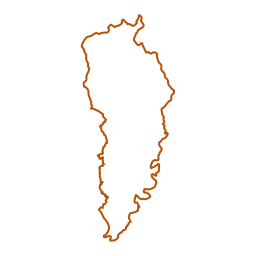 the district of Lap Thach, Vĩnh Phúc, Vietnam
{"feature_id": "81297802B47675849617506", "entity_name": "Lap Thach", "entity_type": "district", "adm_level": 2, "iso_a3": "VNM", "parent_name": "Vietnam", "parent_adm1": "Vĩnh Phúc", "projection": "natural_earth1", "projection_center": [105.476, 21.411], "detail": "fine", "context": "isolated", "style": "outline", "palette": "amber", "viewbox_px": 256, "rotation_deg": 0, "n_neighbors": 0, "source": "geoboundaries", "source_scale": "gbopen_adm2", "svg_char_len": 5844}
<svg xmlns="http://www.w3.org/2000/svg" viewBox="0 0 256 256"><path d="M141.8,18.3L141.2,16.7L139.7,15.4L139.0,15.4L138.8,16.7L138.3,17.8L137.8,19.3L136.4,21.3L136.4,21.8L136.7,22.6L136.7,23.0L135.5,24.5L133.7,25.7L133.1,25.8L131.9,25.5L131.3,25.2L130.5,24.5L129.8,24.4L128.8,23.9L127.4,24.0L126.8,22.9L125.2,21.8L124.7,21.3L124.3,20.3L122.9,19.6L122.5,19.8L122.3,20.5L121.8,21.5L122.1,22.4L122.1,22.8L121.7,23.5L120.9,24.3L119.8,24.8L118.8,25.6L116.4,26.0L114.7,27.1L114.4,27.0L113.1,25.9L111.8,25.4L111.1,24.9L110.8,24.7L110.5,24.8L109.4,25.9L108.1,27.6L108.5,27.9L109.0,29.4L108.4,31.6L107.9,32.2L106.3,32.6L104.0,32.6L100.9,33.1L100.0,33.7L99.0,34.0L98.4,33.8L97.7,33.2L95.6,33.1L90.8,36.1L88.3,36.6L87.1,37.1L85.3,38.8L84.4,40.0L82.2,44.2L81.9,45.5L81.9,46.9L84.0,49.5L84.3,51.8L85.9,54.0L86.2,54.5L86.1,57.2L86.4,59.8L86.8,61.1L87.9,62.9L88.2,66.9L88.4,67.4L89.3,68.5L88.5,71.3L86.8,75.0L86.5,76.0L86.4,78.0L86.5,78.8L86.3,80.1L86.2,80.5L83.9,82.5L83.7,83.0L83.6,84.0L84.2,86.7L85.5,87.0L86.2,87.6L87.6,89.1L88.0,89.9L88.5,92.0L88.5,93.5L88.8,95.7L89.6,97.4L91.2,102.4L91.1,104.4L91.9,105.4L91.9,106.7L91.7,107.6L91.1,108.4L92.9,108.7L96.0,109.9L97.4,110.7L98.7,111.0L99.8,112.1L101.6,113.1L103.0,114.3L103.1,116.1L103.6,117.3L105.1,118.7L105.5,119.6L105.8,119.7L105.3,120.9L104.3,121.6L104.2,121.7L104.3,122.0L104.7,122.2L102.7,123.4L102.8,123.6L102.7,124.4L102.3,125.1L100.7,125.3L100.0,126.6L101.2,127.3L101.1,128.7L101.6,130.8L103.4,132.3L103.5,133.2L104.2,134.8L104.7,134.8L105.2,135.1L106.7,139.8L106.9,140.6L106.6,142.1L107.1,142.7L107.0,143.0L106.5,143.2L106.0,143.3L105.7,143.5L104.5,146.6L103.2,147.2L103.1,148.6L102.6,150.3L102.5,151.1L102.9,152.6L102.6,153.8L102.4,153.9L101.7,153.6L98.7,155.0L98.2,155.2L97.9,155.4L97.8,155.7L98.4,156.3L99.1,156.5L99.3,157.9L99.8,158.7L100.2,158.8L100.7,158.7L102.4,157.3L102.9,157.6L102.9,158.5L102.5,159.6L102.5,160.1L103.0,161.1L103.0,163.5L103.2,164.0L103.9,164.3L103.4,164.7L102.6,165.9L101.6,165.8L99.9,166.8L99.6,167.1L99.4,167.6L99.4,168.0L99.8,168.3L99.9,168.6L99.7,169.1L99.7,172.0L99.5,172.4L99.6,172.8L100.0,173.5L99.7,176.2L99.9,176.9L100.3,177.4L100.4,177.8L100.5,180.2L100.8,181.4L100.9,181.9L100.6,182.6L100.8,182.9L101.4,182.9L101.6,182.7L101.5,181.8L101.6,181.7L102.5,182.1L102.0,182.8L101.8,183.6L101.4,184.1L100.9,184.7L100.2,184.8L99.8,186.0L99.6,187.7L99.9,188.5L101.0,190.3L101.7,192.1L102.3,192.1L102.8,192.3L102.8,192.6L102.6,192.8L101.8,193.1L102.5,193.9L103.1,193.9L104.2,194.3L105.2,194.4L105.0,195.7L106.2,196.0L107.5,196.6L107.3,197.0L106.1,196.5L106.0,197.0L106.8,197.1L107.7,197.7L105.7,200.3L106.5,201.7L106.1,202.2L105.5,203.4L104.5,204.3L103.4,204.2L102.7,207.8L101.7,207.2L100.6,207.6L98.9,209.6L101.2,212.5L104.0,218.2L106.1,220.5L107.5,222.7L108.9,226.1L109.0,227.0L108.7,229.6L108.1,231.5L106.2,234.3L105.0,235.3L103.9,235.7L103.8,236.5L104.0,237.0L104.3,237.2L105.4,237.3L107.4,236.5L110.2,236.1L110.6,236.5L110.9,237.1L110.7,238.0L110.0,239.8L110.3,240.4L110.7,240.6L114.1,240.4L115.0,240.2L115.7,239.8L117.1,238.6L117.9,237.6L118.2,236.9L118.0,235.8L118.1,235.2L118.5,234.6L119.8,233.2L121.0,232.7L123.4,230.1L124.4,230.0L125.3,229.6L125.9,228.4L126.2,226.9L127.2,226.3L127.4,225.2L128.3,224.7L128.5,224.4L128.6,223.0L130.7,221.6L129.8,220.0L128.9,217.8L129.3,215.1L129.5,214.4L130.1,213.5L131.5,212.9L133.7,212.6L134.6,212.3L137.4,211.1L137.8,210.8L137.7,209.6L138.2,209.1L138.3,208.9L138.2,206.9L138.2,206.7L139.1,206.8L138.7,205.7L137.2,202.7L136.4,202.5L135.1,202.7L134.9,202.6L134.5,201.9L134.6,199.8L135.2,198.0L135.4,196.3L135.8,195.4L136.1,195.2L136.3,195.2L138.9,197.8L140.0,198.6L141.3,199.1L142.2,199.1L143.1,198.7L144.8,199.2L146.3,199.0L148.3,198.2L150.1,196.9L150.2,196.0L149.9,195.4L147.5,193.1L146.8,192.7L145.9,192.5L144.7,192.6L144.1,192.4L143.8,191.3L144.2,189.6L144.7,189.1L145.1,189.0L147.7,189.4L149.2,189.4L149.9,189.2L151.4,188.7L154.0,187.4L154.7,186.8L155.3,185.8L156.2,183.2L156.1,181.1L155.9,180.6L153.8,179.0L152.3,177.4L151.9,176.7L151.6,175.4L152.0,174.5L152.3,174.2L153.2,174.1L155.4,175.7L156.1,175.7L156.4,175.3L156.1,173.7L156.2,173.2L156.5,172.9L158.1,172.0L158.7,171.4L159.0,169.2L159.1,164.8L158.9,164.2L158.1,164.0L155.3,166.2L151.4,168.1L151.0,168.0L150.7,167.5L150.9,165.6L152.1,162.3L152.7,161.4L153.2,161.0L153.9,160.5L154.9,160.1L157.4,160.2L158.0,160.2L158.5,159.7L158.5,157.9L158.3,155.9L159.2,154.6L159.6,152.8L161.3,150.5L161.7,149.1L161.6,148.5L159.5,145.7L159.2,144.5L159.2,142.3L159.5,142.0L160.4,141.7L161.1,141.2L162.3,139.2L163.9,138.5L165.9,137.3L167.2,135.5L167.7,134.1L167.6,133.4L167.3,133.0L166.6,133.1L165.8,133.6L165.2,133.6L165.0,133.4L164.9,132.8L165.0,132.5L165.7,131.5L165.6,130.6L164.2,128.2L164.0,127.7L164.5,126.0L164.5,125.4L164.1,124.9L163.2,124.5L163.0,124.1L163.4,123.1L164.2,122.1L164.4,121.5L164.3,120.9L163.6,120.2L163.4,119.7L163.8,118.2L163.9,117.1L163.5,116.3L162.2,114.5L162.0,112.4L161.6,110.8L161.5,109.0L161.8,108.6L164.2,107.0L165.2,105.9L167.9,102.4L169.2,101.1L170.5,100.4L171.2,99.8L171.3,99.0L171.2,96.9L171.4,96.0L172.1,94.8L173.7,93.2L174.1,92.0L173.9,90.5L173.7,90.1L171.2,88.4L170.6,87.0L169.2,85.6L168.7,84.7L168.1,83.2L168.0,81.2L167.7,80.1L167.1,79.2L165.4,77.7L165.0,76.6L164.7,74.3L164.0,73.0L161.7,70.4L161.2,69.4L161.2,68.3L161.5,66.1L161.2,64.8L160.9,64.4L159.3,63.0L158.9,62.4L158.1,60.8L157.0,56.6L156.9,53.9L156.7,53.6L155.8,52.6L154.9,52.4L152.8,52.5L152.4,52.7L151.5,53.5L150.9,53.5L149.7,53.3L148.7,52.3L147.9,51.9L147.4,52.0L146.7,52.5L146.3,52.5L145.6,51.6L144.3,48.5L143.0,46.2L142.6,45.1L142.5,44.3L142.1,43.3L141.8,43.2L141.3,43.3L139.1,45.0L138.8,45.1L137.9,45.0L136.3,43.6L135.3,41.9L134.0,40.5L133.9,39.8L134.2,37.8L135.5,35.4L136.0,33.6L137.1,32.6L137.9,30.5L139.9,28.9L142.3,27.6L143.4,26.5L143.6,26.0L143.6,25.3L143.3,24.4L142.8,23.5L141.9,22.5L140.9,20.4L141.0,19.8L141.8,18.3Z" fill="none" stroke="#b45309" stroke-width="2"/></svg>